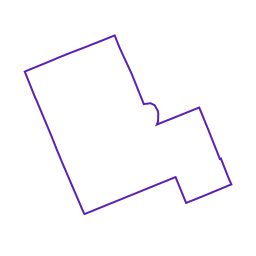 the district of Beltrami, Minnesota, United States of America, rotated 158°
{"feature_id": "52423323B93818974176817", "entity_name": "Beltrami", "entity_type": "district", "adm_level": 2, "iso_a3": "USA", "parent_name": "United States of America", "parent_adm1": "Minnesota", "projection": "equal_earth", "projection_center": [-95.064, 47.975], "detail": "fine", "context": "isolated", "style": "outline", "palette": "violet", "viewbox_px": 256, "rotation_deg": 158, "n_neighbors": 0, "source": "geoboundaries", "source_scale": "gbopen_adm2", "svg_char_len": 560}
<svg xmlns="http://www.w3.org/2000/svg" viewBox="0 0 256 256"><g transform="rotate(158 128 128)"><path d="M55.5,120.3L100.0,120.4L97.7,122.8L94.5,130.1L93.9,132.8L94.8,139.2L97.8,142.5L104.4,144.3L104.3,176.5L105.7,204.7L105.7,218.8L138.0,219.0L154.1,219.3L168.9,219.3L170.5,219.2L202.6,219.0L202.6,213.6L202.7,190.6L202.5,189.4L202.0,148.6L202.1,134.5L202.0,121.0L200.8,65.1L200.4,64.5L102.3,64.7L102.2,36.8L85.8,36.7L55.3,37.0L53.3,36.9L53.5,43.9L53.3,64.8L54.4,64.8L54.2,95.8L54.3,120.3L55.5,120.3Z" fill="none" stroke="#5b21b6" stroke-width="2"/></g></svg>